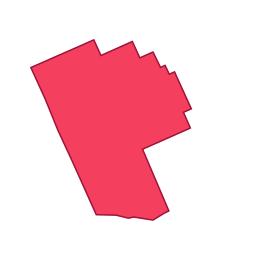 Woodford, Illinois, United States of America (orthographic projection), rotated 247°
{"feature_id": "52423323B31485685808908", "entity_name": "Woodford", "entity_type": "district", "adm_level": 2, "iso_a3": "USA", "parent_name": "United States of America", "parent_adm1": "Illinois", "projection": "orthographic", "projection_center": [-89.225, 40.761], "detail": "fine", "context": "isolated", "style": "filled", "palette": "rose", "viewbox_px": 256, "rotation_deg": 247, "n_neighbors": 0, "source": "geoboundaries", "source_scale": "gbopen_adm2", "svg_char_len": 467}
<svg xmlns="http://www.w3.org/2000/svg" viewBox="0 0 256 256"><g transform="rotate(247 128 128)"><path d="M221.6,62.2L187.0,63.1L153.5,62.6L119.1,63.7L60.6,64.9L52.4,83.0L44.8,93.2L43.8,98.5L33.5,115.0L35.4,128.1L35.7,133.2L102.8,133.1L103.6,185.4L120.8,185.2L120.9,193.8L155.1,192.9L161.5,192.8L161.4,187.0L171.2,186.6L171.1,181.6L188.2,180.7L187.9,166.3L206.0,165.8L205.3,131.4L222.5,131.0L221.6,62.2Z" fill="#f43f5e" stroke="#9f1239" stroke-width="1.5"/></g></svg>